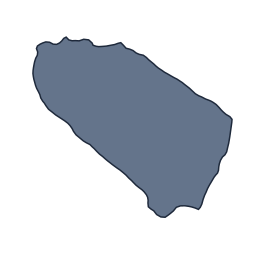 the district of Nyali, Coast, Kenya, rotated 98°
{"feature_id": "3690345B58494489025359", "entity_name": "Nyali", "entity_type": "district", "adm_level": 2, "iso_a3": "KEN", "parent_name": "Kenya", "parent_adm1": "Coast", "projection": "albers", "projection_center": [39.702, -4.031], "detail": "fine", "context": "isolated", "style": "filled", "palette": "slate", "viewbox_px": 256, "rotation_deg": 98, "n_neighbors": 0, "source": "geoboundaries", "source_scale": "gbopen_adm2", "svg_char_len": 2062}
<svg xmlns="http://www.w3.org/2000/svg" viewBox="0 0 256 256"><g transform="rotate(98 128 128)"><path d="M48.8,175.4L46.2,179.2L46.3,184.2L48.5,188.5L48.8,192.4L49.4,195.5L49.0,198.8L46.6,201.9L48.2,204.1L51.0,205.7L53.2,207.5L55.1,210.3L55.4,213.7L54.0,217.6L54.2,221.4L55.6,224.2L57.2,226.7L59.4,229.1L62.1,229.7L65.3,228.0L68.5,227.9L71.8,229.1L75.4,229.7L78.7,229.9L81.3,230.0L84.1,230.0L87.3,229.7L90.2,228.9L92.6,228.1L95.6,226.8L98.6,225.5L101.4,224.0L104.3,221.9L107.1,220.0L110.5,218.5L113.3,216.2L115.0,214.3L117.3,212.4L120.5,209.3L123.1,204.8L125.1,201.5L127.2,197.0L129.5,192.1L131.6,188.3L133.6,185.8L136.4,183.2L138.9,181.5L142.0,178.5L143.9,175.4L145.4,173.0L147.0,170.4L148.4,167.2L149.7,163.3L151.5,161.0L153.2,158.5L155.4,155.8L157.8,152.6L159.8,149.1L161.9,146.0L163.5,143.4L165.1,140.6L166.4,138.4L167.7,136.0L169.2,133.2L170.6,130.3L172.9,126.5L174.9,123.4L177.5,120.2L179.6,117.1L181.2,115.1L183.5,112.1L185.4,108.9L187.3,105.4L188.9,103.2L191.5,100.5L193.9,98.9L196.8,98.0L199.5,97.8L203.2,96.9L205.0,94.1L206.4,91.0L209.7,87.6L211.5,83.1L211.2,78.8L209.0,76.4L206.8,74.2L203.8,71.5L199.8,69.1L197.8,65.2L197.1,60.8L197.1,56.9L197.3,54.0L197.9,50.3L198.8,46.9L196.5,45.4L193.0,44.3L188.3,43.7L184.0,42.8L180.5,41.7L176.9,40.8L173.1,39.4L170.0,38.1L167.6,37.1L164.7,35.9L162.4,34.6L160.2,33.1L157.3,32.5L153.8,32.7L150.9,32.6L147.1,31.9L143.5,30.4L141.1,28.3L137.9,27.0L133.2,26.6L129.3,26.2L126.5,26.1L122.8,26.0L118.6,26.0L115.2,26.0L111.9,26.0L108.1,26.0L104.9,26.2L102.6,28.7L100.8,33.0L98.7,36.2L97.0,38.4L95.0,40.7L92.5,43.9L90.9,47.0L89.9,49.4L89.2,51.9L88.5,55.2L87.0,59.4L86.2,62.5L84.7,66.1L82.1,69.8L80.0,72.8L78.4,75.6L77.1,77.9L75.5,80.5L74.1,83.5L72.8,86.2L71.8,89.2L70.5,92.5L68.9,96.4L67.7,99.6L66.2,102.5L64.4,106.3L62.6,109.2L61.0,111.4L59.6,113.7L57.5,117.1L55.6,119.6L53.8,123.0L53.5,127.1L52.6,130.3L50.6,133.8L49.7,137.2L49.3,141.0L46.6,144.2L44.5,147.0L45.5,149.6L47.2,152.8L48.5,156.7L49.9,160.8L50.8,164.8L51.5,168.3L51.5,171.0L50.9,174.1L48.8,175.4Z" fill="#64748b" stroke="#1e293b" stroke-width="1.5"/></g></svg>